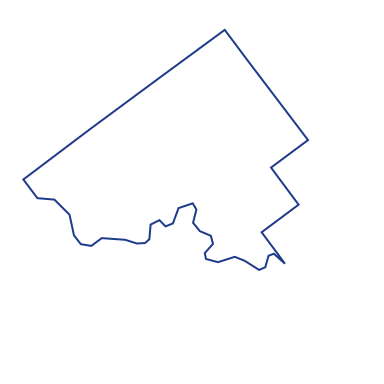 Stone, Arkansas, United States of America, rotated 142°
{"feature_id": "52423323B17641695203494", "entity_name": "Stone", "entity_type": "district", "adm_level": 2, "iso_a3": "USA", "parent_name": "United States of America", "parent_adm1": "Arkansas", "projection": "orthographic", "projection_center": [-92.07, 35.919], "detail": "fine", "context": "isolated", "style": "outline", "palette": "blue", "viewbox_px": 384, "rotation_deg": 142, "n_neighbors": 0, "source": "geoboundaries", "source_scale": "gbopen_adm2", "svg_char_len": 662}
<svg xmlns="http://www.w3.org/2000/svg" viewBox="0 0 384 384"><g transform="rotate(142 192 192)"><path d="M317.2,305.7L317.6,282.3L305.1,270.7L302.5,249.5L311.7,230.5L311.7,219.3L304.5,211.5L291.5,211.2L274.1,195.5L267.1,185.3L260.4,180.7L254.7,181.0L244.7,191.8L235.0,189.9L234.0,181.2L226.4,179.0L212.5,187.6L198.4,182.6L199.3,175.5L210.1,167.1L209.9,156.3L204.1,145.9L207.4,138.2L219.5,136.0L222.2,130.6L214.7,120.7L198.2,114.6L192.9,105.5L187.1,89.3L180.6,87.6L171.0,94.6L165.5,93.0L162.9,78.3L161.9,117.4L115.8,116.4L114.7,162.6L68.6,161.5L67.2,261.0L66.4,299.6L143.1,301.9L233.1,304.3L317.2,305.7Z" fill="none" stroke="#1e3a8a" stroke-width="2"/></g></svg>